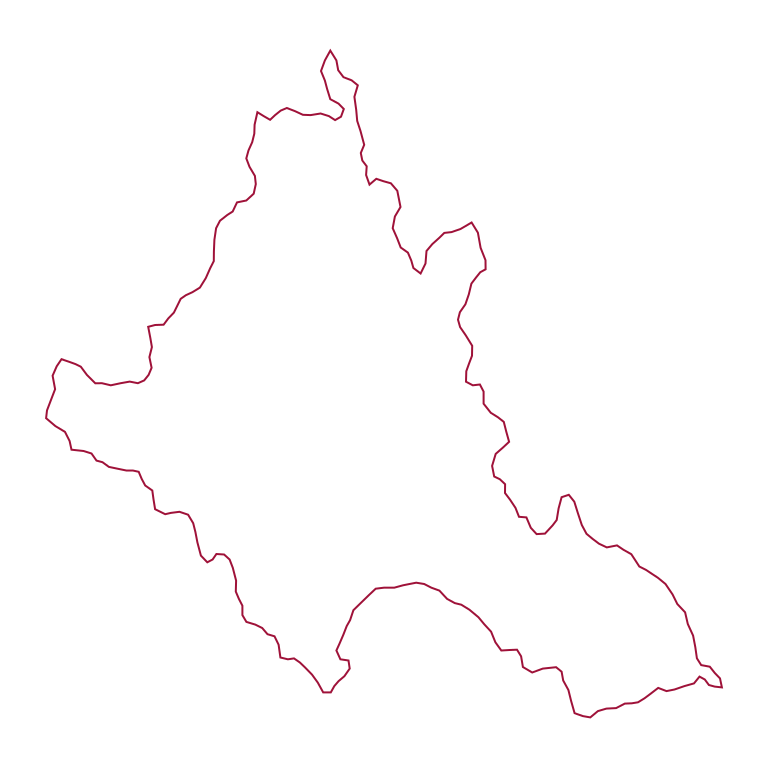 the district of Dores de Guanhães, Minas Gerais, Brazil
{"feature_id": "56859067B7417265960826", "entity_name": "Dores de Guanhães", "entity_type": "district", "adm_level": 2, "iso_a3": "BRA", "parent_name": "Brazil", "parent_adm1": "Minas Gerais", "projection": "equal_earth", "projection_center": [-42.922, -19.035], "detail": "fine", "context": "isolated", "style": "outline", "palette": "rose", "viewbox_px": 768, "rotation_deg": 0, "n_neighbors": 0, "source": "geoboundaries", "source_scale": "gbopen_adm2", "svg_char_len": 3696}
<svg xmlns="http://www.w3.org/2000/svg" viewBox="0 0 768 768"><path d="M617.0,545.4L606.8,547.4L599.0,543.7L592.5,538.8L586.5,533.8L581.8,525.0L577.8,512.9L574.3,501.7L568.8,494.8L561.6,497.2L558.6,508.4L556.7,520.0L552.6,525.4L545.0,533.6L536.6,534.1L530.8,527.8L526.4,517.4L519.0,516.8L515.5,507.9L510.0,499.6L505.0,493.0L505.1,484.2L499.8,479.2L494.2,476.5L492.1,465.9L495.7,453.9L502.9,447.6L509.1,441.8L506.2,431.4L503.8,421.9L498.0,417.3L490.8,412.8L483.6,403.7L483.6,391.6L479.9,384.5L472.8,385.3L466.0,381.7L466.3,371.2L469.1,363.4L472.0,355.8L472.2,345.8L465.8,335.4L460.1,327.1L458.0,319.7L459.9,312.2L465.4,304.3L468.8,294.4L471.4,283.6L476.2,277.3L480.3,272.2L485.6,269.3L485.5,260.2L480.6,247.8L477.9,232.7L471.6,222.5L460.5,229.0L451.5,232.1L444.3,232.9L439.2,237.9L432.3,244.1L426.5,251.0L425.5,263.5L420.6,273.5L413.4,268.0L411.3,260.6L407.9,252.6L400.7,247.5L397.1,238.2L392.7,228.2L394.9,216.5L400.5,207.0L397.3,190.8L390.9,183.3L383.4,181.2L376.3,178.8L369.5,184.6L366.1,175.0L366.7,166.3L362.3,160.5L360.8,153.0L364.2,144.8L360.5,131.0L357.2,120.9L356.2,109.8L354.4,96.8L357.8,85.3L351.6,80.3L343.5,77.2L338.2,70.2L336.4,60.4L330.3,50.6L324.9,60.4L321.0,71.0L324.9,80.6L327.1,88.9L330.3,99.2L338.5,103.6L343.8,109.0L341.0,116.7L335.1,120.1L328.9,116.1L320.6,113.5L310.6,115.1L302.9,114.8L294.9,111.1L286.8,108.0L280.7,110.6L275.1,115.1L270.1,119.8L263.7,116.1L257.4,112.2L254.6,124.7L254.3,133.7L252.2,142.2L248.5,150.4L246.3,158.4L249.5,166.8L254.9,175.9L255.8,184.1L253.7,193.7L246.3,200.5L237.0,202.4L232.7,211.5L227.4,214.9L220.0,220.7L216.1,228.2L214.4,239.8L213.9,251.5L213.8,261.1L210.2,268.2L205.8,278.1L199.9,287.6L192.4,292.2L185.9,295.2L180.7,298.8L177.6,305.1L173.9,312.6L168.3,318.4L163.6,324.7L155.1,325.0L148.2,326.8L150.4,338.3L151.9,347.1L149.4,357.1L151.6,367.8L148.6,374.9L144.2,380.4L137.9,383.2L129.7,381.6L120.7,383.2L110.8,385.3L101.9,383.2L95.3,383.3L86.9,374.9L80.8,366.7L75.5,364.1L69.7,362.0L61.5,359.2L56.7,366.3L52.6,375.7L55.1,389.2L51.0,399.9L47.0,410.4L46.1,418.2L55.4,426.1L65.0,431.9L69.6,441.0L71.5,449.7L83.6,451.0L91.5,453.5L96.5,460.6L102.5,462.2L108.9,466.9L118.0,468.8L126.3,470.5L132.8,470.5L138.7,471.8L141.7,478.9L145.2,485.5L152.3,490.5L153.5,499.3L155.1,509.2L165.2,514.2L170.9,512.9L179.5,511.8L188.1,514.7L193.2,523.2L195.4,532.0L197.4,542.4L200.9,555.6L207.3,562.3L212.6,559.5L216.4,554.0L224.1,554.5L229.6,559.5L232.8,567.8L236.1,580.6L235.8,591.6L238.9,598.9L242.4,605.7L242.4,615.1L246.4,621.9L255.3,624.6L262.2,628.0L267.5,634.2L274.5,636.3L278.6,644.7L280.4,657.5L287.9,659.3L294.0,658.4L299.9,662.5L305.1,667.5L312.0,674.6L317.8,682.6L323.2,692.4L330.8,692.4L334.3,686.1L338.6,681.1L344.4,676.2L349.7,668.6L348.5,660.5L340.4,659.3L336.4,650.5L339.4,643.9L343.4,634.6L346.7,626.1L350.1,620.1L353.4,610.2L362.0,601.8L369.2,594.8L375.7,588.7L383.8,587.7L394.2,587.7L403.0,585.3L409.5,584.0L416.2,582.7L424.2,584.0L431.4,587.7L439.4,590.6L447.1,598.9L454.8,603.1L461.3,604.7L469.4,609.7L478.4,617.2L484.3,624.3L491.1,631.7L495.4,642.3L501.3,650.5L509.7,650.0L517.0,649.7L521.1,656.3L522.9,667.0L532.2,672.5L542.8,668.6L556.1,667.2L561.6,671.7L563.2,680.5L568.4,690.0L571.1,700.9L574.6,713.2L582.9,716.1L590.3,717.4L597.9,711.1L606.4,708.6L616.1,708.1L624.8,703.6L631.8,703.3L638.0,702.3L644.5,698.3L651.3,693.2L658.2,687.9L666.5,691.1L674.5,689.5L684.4,686.1L694.0,683.4L699.5,676.6L704.8,679.5L708.9,685.0L714.7,686.6L721.9,687.4L720.0,678.4L714.8,673.0L709.8,666.7L701.2,665.1L696.9,658.3L695.3,647.1L693.1,635.6L687.8,624.0L685.1,612.3L677.3,604.0L672.6,594.5L665.5,584.0L657.8,577.7L652.3,574.1L646.0,569.9L639.3,566.5L635.3,560.3L631.3,554.2L623.5,549.8L617.0,545.4Z" fill="none" stroke="#9f1239" stroke-width="2"/></svg>